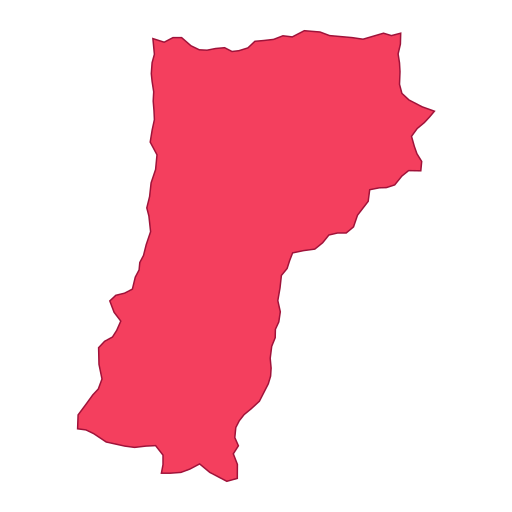 Lupércio, São Paulo, Brazil (Mercator projection)
{"feature_id": "56859067B18572891810080", "entity_name": "Lupércio", "entity_type": "district", "adm_level": 2, "iso_a3": "BRA", "parent_name": "Brazil", "parent_adm1": "São Paulo", "projection": "mercator", "projection_center": [-49.815, -22.439], "detail": "fine", "context": "isolated", "style": "filled", "palette": "rose", "viewbox_px": 512, "rotation_deg": 0, "n_neighbors": 0, "source": "geoboundaries", "source_scale": "gbopen_adm2", "svg_char_len": 1765}
<svg xmlns="http://www.w3.org/2000/svg" viewBox="0 0 512 512"><path d="M434.4,111.2L422.1,106.8L409.0,100.0L401.9,93.4L399.5,84.3L400.0,71.7L399.5,62.9L398.1,53.9L400.4,44.1L400.7,33.2L391.4,35.6L383.5,33.2L374.6,35.8L363.0,39.2L352.1,37.6L339.8,36.5L329.6,35.6L320.0,32.0L304.3,30.7L292.3,36.9L282.9,35.8L273.6,39.4L263.9,40.5L254.9,41.3L247.9,47.9L238.9,50.7L232.0,51.5L224.6,47.7L215.6,48.5L207.0,50.2L199.3,49.8L191.0,45.8L181.6,37.6L173.0,37.6L164.2,42.2L152.9,38.6L154.4,54.3L152.1,62.7L151.3,73.7L152.1,81.4L153.7,91.8L153.2,101.1L154.0,110.9L154.4,119.7L152.2,129.8L150.2,142.1L157.0,154.8L155.6,169.5L151.1,182.9L149.6,196.6L146.8,207.9L148.9,216.0L150.6,231.7L146.2,244.7L143.5,255.5L139.8,262.5L139.1,269.9L135.3,277.1L132.4,289.1L124.5,293.2L115.8,295.3L109.8,300.9L114.1,312.3L120.8,321.1L116.7,330.4L112.5,337.0L104.6,341.3L98.6,347.7L99.0,364.4L102.0,379.0L98.3,389.0L92.8,394.9L86.2,404.0L78.1,414.9L77.6,428.8L85.9,429.9L93.8,433.7L106.2,442.0L124.8,446.1L134.6,447.4L145.8,446.1L155.6,445.6L163.0,455.1L163.0,464.7L161.4,473.2L170.1,473.2L180.9,472.4L189.8,469.1L199.6,463.9L209.8,472.4L226.8,481.3L237.3,478.4L237.4,464.4L233.3,453.8L238.4,445.8L234.8,437.6L235.8,427.5L239.3,420.7L244.1,414.6L251.6,408.4L259.4,401.2L268.3,383.8L270.6,376.1L271.1,368.1L270.2,358.3L271.7,346.3L275.2,337.7L275.4,329.3L278.8,321.9L280.3,311.8L277.8,300.6L280.0,288.0L281.4,275.4L287.1,268.5L289.7,260.4L292.6,252.9L303.6,250.6L314.8,249.1L322.6,242.8L328.9,235.0L337.5,233.0L346.2,233.0L353.5,226.9L357.5,215.2L368.2,201.3L369.7,189.7L379.4,187.8L386.4,187.6L394.7,184.9L401.9,176.0L408.6,170.6L420.8,170.8L421.7,161.5L416.9,153.7L414.3,146.3L411.5,136.3L417.2,128.5L424.3,122.6L429.6,116.9L434.4,111.2Z" fill="#f43f5e" stroke="#9f1239" stroke-width="1.5"/></svg>